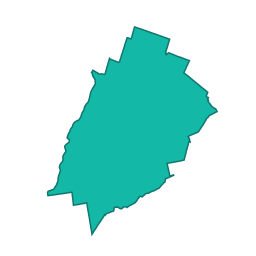 Vanjulet, Mehedinti, Romania (Equal Earth projection), rotated 80°
{"feature_id": "2599482B359218317379", "entity_name": "Vanjulet", "entity_type": "district", "adm_level": 2, "iso_a3": "ROU", "parent_name": "Romania", "parent_adm1": "Mehedinti", "projection": "equal_earth", "projection_center": [22.785, 44.428], "detail": "fine", "context": "isolated", "style": "filled", "palette": "teal", "viewbox_px": 256, "rotation_deg": 80, "n_neighbors": 0, "source": "geoboundaries", "source_scale": "gbopen_adm2", "svg_char_len": 5735}
<svg xmlns="http://www.w3.org/2000/svg" viewBox="0 0 256 256"><g transform="rotate(80 128 128)"><path d="M180.7,218.6L180.8,216.3L181.0,212.5L181.0,211.9L181.0,210.7L181.1,209.9L181.0,209.4L181.3,203.3L181.4,197.7L181.5,194.5L182.2,194.4L183.1,194.4L185.5,194.6L187.1,194.6L190.0,194.8L192.4,195.0L193.9,195.1L194.6,195.1L194.7,188.9L194.6,187.0L194.7,184.3L194.6,182.8L194.6,181.6L195.3,181.6L199.9,181.7L209.9,181.7L213.3,181.8L215.3,181.8L217.6,181.8L219.6,181.9L221.5,181.8L226.4,181.9L223.5,179.3L222.3,178.1L222.0,177.9L221.2,177.0L219.9,176.0L216.4,172.6L215.5,171.7L215.3,171.4L214.9,171.2L214.2,170.4L213.8,170.2L213.2,169.5L212.2,168.6L211.6,168.0L211.1,167.5L210.8,167.2L210.2,166.8L209.8,166.5L209.3,166.0L209.9,165.6L208.9,164.4L208.4,163.7L208.1,161.0L207.7,159.5L207.2,156.5L206.4,156.2L204.3,155.5L203.9,154.6L203.7,154.5L203.9,153.4L204.1,153.1L204.0,152.8L203.7,152.4L204.2,152.0L204.5,151.5L205.8,150.0L206.3,149.0L206.5,148.6L206.1,147.7L205.3,146.4L205.0,145.8L205.0,145.4L205.1,144.4L205.4,143.5L205.7,143.0L206.1,142.9L206.1,142.7L205.6,141.7L205.0,140.8L204.3,138.3L203.4,135.7L203.0,134.3L202.3,133.5L201.5,132.2L199.3,130.5L198.8,129.9L198.8,129.6L198.3,129.4L198.2,129.0L197.7,128.9L197.5,128.4L197.4,127.9L197.4,127.5L197.7,126.9L198.0,126.5L198.2,126.4L198.3,126.3L198.4,126.1L197.1,124.1L196.6,123.0L196.0,122.6L195.8,122.3L195.8,122.1L195.7,121.7L195.6,120.9L195.7,120.1L195.7,119.2L195.5,118.2L194.4,115.2L194.5,113.8L194.3,113.2L193.8,111.6L193.2,109.9L192.7,108.2L192.3,107.4L191.7,106.6L191.0,105.9L188.9,103.1L187.9,101.9L187.6,101.0L185.2,100.1L184.8,100.0L184.4,99.7L184.3,98.6L183.4,94.7L182.5,91.2L182.1,91.3L182.2,92.3L182.4,93.3L182.5,94.0L182.7,94.5L182.8,95.1L177.9,95.3L169.6,95.7L169.6,95.4L169.6,94.8L169.6,93.4L169.6,91.0L169.6,88.3L169.6,85.4L169.5,84.5L169.5,83.9L169.5,82.9L169.5,82.0L169.4,80.0L169.3,78.7L169.3,78.3L163.5,75.7L162.7,75.3L162.3,75.1L162.0,75.0L161.5,74.9L160.2,74.3L159.7,74.0L159.4,73.8L158.9,73.6L158.0,73.2L157.1,72.8L156.6,72.5L156.1,72.2L154.2,71.3L153.7,71.2L153.2,71.0L153.0,70.8L152.2,70.5L151.9,70.3L152.6,69.2L152.2,69.2L151.1,69.4L150.7,69.5L150.2,69.5L149.6,69.4L149.4,69.4L149.0,69.6L148.6,69.6L147.0,70.2L146.7,70.4L146.6,70.2L146.4,69.3L145.8,66.8L145.0,63.3L144.2,59.7L143.9,59.3L143.1,58.5L140.8,56.3L140.1,55.7L138.6,54.2L137.8,53.4L135.9,51.8L135.1,51.1L133.7,49.9L131.9,48.6L131.9,48.3L131.9,47.9L131.3,47.2L130.7,46.7L130.4,46.6L130.2,46.5L129.6,44.7L128.7,41.9L127.9,39.4L127.3,37.4L126.3,37.7L125.3,38.0L124.9,38.1L124.6,38.3L124.3,38.4L124.0,38.7L123.8,39.1L123.3,39.8L121.7,41.5L121.4,41.7L120.1,42.3L119.9,42.3L119.6,42.5L115.5,44.6L115.4,44.6L115.1,44.5L115.0,44.4L114.9,44.2L114.7,44.0L114.6,43.9L114.5,44.0L113.5,44.5L113.4,44.5L113.1,44.5L112.9,44.4L112.6,44.0L112.3,43.5L112.2,43.5L111.8,43.7L111.3,44.6L111.1,45.0L110.9,45.3L110.5,45.4L110.4,45.3L110.2,45.3L109.7,45.1L108.7,44.5L107.3,43.6L106.8,43.3L106.6,43.3L104.0,45.5L101.1,48.1L97.9,50.8L93.6,54.5L88.5,58.8L87.5,59.6L85.8,61.2L85.1,61.9L83.4,63.4L82.5,62.9L82.1,62.6L81.6,62.2L79.6,60.8L78.7,60.3L78.2,59.9L77.7,59.7L77.2,59.2L76.9,58.9L75.5,58.0L75.0,57.7L73.9,56.9L72.3,55.8L71.4,57.5L68.6,62.2L67.6,63.8L66.7,65.6L65.7,67.4L61.5,74.0L61.0,74.7L62.3,77.7L62.1,77.7L61.6,77.8L60.7,77.5L60.3,78.0L54.5,74.9L51.7,73.6L50.3,72.8L49.4,72.4L47.8,71.6L47.1,72.8L46.8,73.3L46.1,74.5L45.2,76.2L40.4,84.5L39.2,86.7L38.1,88.9L37.3,90.0L36.8,91.1L36.0,92.4L34.3,95.5L33.2,97.3L32.2,99.2L31.7,100.1L30.8,101.9L29.9,103.3L29.7,103.6L29.6,103.8L29.8,104.1L30.2,104.2L30.7,104.5L39.2,108.6L40.6,109.4L40.8,109.6L40.6,110.0L40.2,110.8L39.3,112.1L39.0,112.7L39.0,113.0L39.1,113.3L39.4,113.5L42.2,114.9L42.6,115.2L48.6,118.2L49.8,118.9L51.5,119.7L53.3,120.6L54.3,121.2L54.7,121.5L55.4,121.9L56.2,122.2L56.9,122.5L57.5,122.8L58.7,123.5L60.8,124.6L61.5,125.0L61.8,125.5L61.7,125.8L61.2,126.6L60.2,128.4L58.3,131.5L57.8,132.5L57.1,133.4L56.6,133.8L56.2,134.1L62.9,137.4L71.0,141.3L71.2,141.6L71.1,141.9L70.9,142.4L70.7,142.9L70.2,144.5L70.0,145.0L70.0,145.3L70.0,145.5L70.2,145.9L70.2,146.2L70.0,146.6L69.7,147.1L69.0,147.9L65.6,151.8L65.0,152.5L66.3,153.6L67.1,154.3L67.4,154.1L68.0,153.7L68.8,153.7L69.7,153.7L70.8,153.6L71.9,153.2L73.0,152.7L73.4,152.4L73.9,152.2L74.6,152.1L75.5,152.1L76.7,152.3L77.6,152.4L78.2,152.4L78.7,152.4L78.9,152.4L79.2,152.6L79.8,153.3L81.5,154.7L82.9,156.0L84.2,157.0L86.4,158.5L88.0,159.2L91.2,160.5L92.9,161.3L94.7,162.3L95.4,162.7L95.7,162.9L96.0,163.2L96.9,164.6L97.8,165.5L99.6,167.1L101.4,167.8L101.9,168.0L103.7,169.1L104.2,169.9L105.6,170.8L107.6,172.0L107.9,172.1L108.7,172.3L109.0,172.5L109.6,173.1L110.9,174.4L111.3,174.7L111.5,175.0L111.7,175.4L111.8,176.4L112.4,178.1L112.8,179.1L113.4,180.1L114.2,180.8L115.3,181.8L116.7,182.3L117.2,182.7L118.1,183.7L119.3,184.9L119.9,185.4L120.8,185.6L121.1,185.7L121.4,185.9L121.8,186.2L122.2,186.7L122.5,187.0L124.4,188.3L125.8,189.1L126.5,189.5L126.9,189.5L127.3,189.5L127.8,189.4L128.0,189.1L128.4,188.5L129.1,188.1L129.4,187.9L129.9,187.9L130.7,188.1L131.5,188.4L131.9,188.7L132.0,188.9L132.2,189.3L132.7,190.3L133.5,191.9L134.5,193.1L134.9,193.4L135.4,193.6L136.7,193.5L138.9,193.3L140.3,193.3L140.9,193.7L141.9,194.9L143.5,196.3L144.2,196.8L144.9,197.1L148.5,197.6L149.0,197.9L149.5,198.3L150.2,199.0L150.9,199.9L151.7,200.8L152.4,201.3L153.2,201.8L154.2,202.2L154.7,202.4L155.0,202.3L156.4,202.1L157.7,201.9L158.0,201.9L160.7,203.3L161.8,203.9L163.4,204.8L164.7,205.3L165.5,205.6L167.9,206.1L170.5,207.7L171.5,208.2L172.2,208.9L172.9,209.4L173.4,210.1L174.3,210.8L175.0,211.3L175.2,211.6L175.4,212.0L175.5,212.6L175.7,213.7L175.9,214.4L176.0,214.9L176.2,216.2L176.4,217.5L176.6,217.8L177.6,218.4L178.3,218.5L179.7,218.6L180.3,218.6L180.7,218.6Z" fill="#14b8a6" stroke="#0f766e" stroke-width="1.5"/></g></svg>